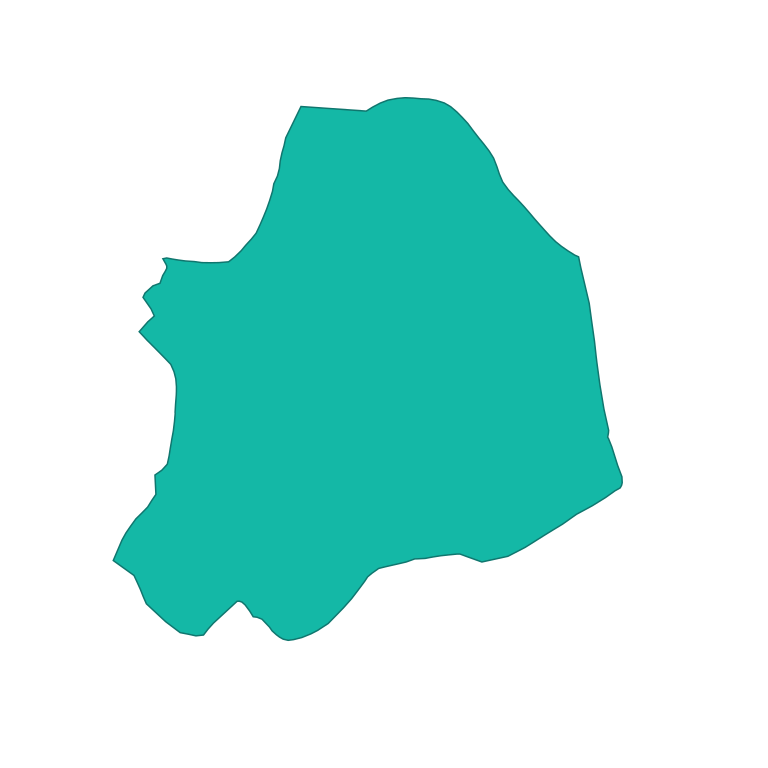 Mabyan, Hajjah, Yemen (Albers equal-area conic projection), rotated 13°
{"feature_id": "15242507B90557781353206", "entity_name": "Mabyan", "entity_type": "district", "adm_level": 2, "iso_a3": "YEM", "parent_name": "Yemen", "parent_adm1": "Hajjah", "projection": "albers", "projection_center": [43.541, 15.755], "detail": "fine", "context": "isolated", "style": "filled", "palette": "teal", "viewbox_px": 768, "rotation_deg": 13, "n_neighbors": 0, "source": "geoboundaries", "source_scale": "gbopen_adm2", "svg_char_len": 2635}
<svg xmlns="http://www.w3.org/2000/svg" viewBox="0 0 768 768"><g transform="rotate(13 384 384)"><path d="M187.2,459.8L188.3,467.7L189.3,477.2L189.7,486.1L189.9,488.9L190.2,494.2L190.8,502.5L190.9,510.9L186.9,518.0L181.3,524.2L186.6,542.9L186.0,544.4L183.9,549.8L181.4,557.1L177.0,564.3L172.6,571.2L169.1,579.5L166.1,587.1L163.8,595.1L159.9,616.9L183.5,626.8L188.1,632.7L192.9,639.0L197.3,645.4L201.9,651.6L224.7,664.7L241.3,672.1L241.6,672.1L249.6,671.8L257.4,671.7L264.6,669.2L267.7,662.4L271.4,655.7L271.5,655.5L289.7,628.8L291.7,628.2L294.5,628.4L298.4,630.5L303.1,634.5L304.3,635.5L308.9,640.2L312.8,639.8L318.0,640.6L322.7,643.7L327.1,646.6L330.5,649.7L335.5,652.5L339.1,654.1L343.1,655.3L348.3,655.3L353.4,653.4L361.0,649.5L369.0,643.9L374.9,638.9L376.1,637.6L383.5,629.9L388.6,621.5L394.8,611.3L400.7,600.5L405.0,591.0L409.6,580.5L411.4,575.6L414.8,571.1L420.3,564.9L426.6,561.7L433.6,558.3L439.0,555.7L445.7,552.4L453.3,547.5L455.6,546.9L463.3,544.7L467.6,542.8L471.1,541.3L478.1,538.5L485.9,535.8L493.3,533.3L496.4,532.6L503.4,533.5L519.4,535.4L543.5,524.0L558.2,511.5L574.0,495.6L574.2,495.4L582.1,487.6L589.5,480.4L600.8,467.7L606.6,462.6L614.3,455.8L625.4,444.8L633.1,436.1L637.5,432.1L638.2,429.6L638.3,429.2L638.3,426.6L636.7,420.9L630.1,411.0L620.1,394.0L614.9,386.5L613.9,385.6L613.7,381.2L613.3,378.6L604.0,359.1L594.5,336.1L586.4,314.7L584.8,310.2L584.7,310.0L580.8,298.8L579.4,294.8L572.2,276.1L565.8,259.2L549.5,226.2L545.0,216.3L540.8,215.5L533.0,212.8L526.0,210.0L519.2,206.7L512.2,202.4L505.7,197.9L499.6,193.6L493.6,189.3L487.2,184.5L481.2,180.1L474.2,175.3L467.8,171.2L461.3,166.6L454.2,160.5L449.1,153.4L445.1,146.8L440.0,139.3L434.1,133.4L427.1,127.6L421.1,123.0L414.0,117.2L407.2,111.4L400.8,107.0L393.9,102.6L386.6,98.8L379.5,96.6L378.2,96.5L371.1,95.9L363.5,96.3L356.2,97.7L348.3,98.8L340.2,100.3L332.5,102.8L324.0,106.5L317.2,111.1L310.7,116.7L305.3,122.1L240.7,132.3L232.9,166.2L233.0,174.2L232.6,181.6L232.7,189.7L233.6,197.6L233.4,205.3L231.6,213.7L232.0,221.3L231.3,231.1L230.3,240.0L229.0,248.1L227.5,256.3L225.5,265.8L222.2,272.6L218.4,279.3L217.3,281.4L214.9,286.2L210.0,293.8L205.1,299.9L195.7,302.9L188.1,304.8L179.3,306.7L171.5,307.4L162.8,308.8L155.4,309.5L149.2,309.9L143.9,310.1L140.4,311.7L144.6,316.3L145.8,317.9L146.3,320.2L145.4,323.8L144.0,328.1L143.4,333.3L143.1,336.2L136.8,340.3L130.7,349.1L129.7,353.8L140.1,363.2L144.9,369.4L139.9,376.5L133.7,388.1L143.4,394.7L150.3,399.0L157.6,403.6L165.1,408.4L171.8,412.8L176.6,419.2L180.0,425.8L182.4,433.4L183.4,437.9L184.1,441.5L185.0,447.5L185.4,450.2L186.8,458.5L187.2,459.8Z" fill="#14b8a6" stroke="#0f766e" stroke-width="1.5"/></g></svg>